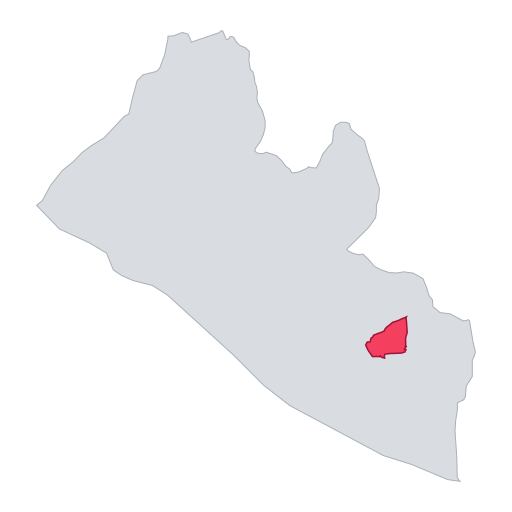 Putu, Grand Gedeh, Liberia shown in context
{"feature_id": "62588387B18265546179194", "entity_name": "Putu", "entity_type": "district", "adm_level": 2, "iso_a3": "LBR", "parent_name": "Liberia", "parent_adm1": "Grand Gedeh", "projection": "orthographic", "projection_center": [-8.216, 5.686], "detail": "fine", "context": "in_parent", "style": "filled", "palette": "rose", "viewbox_px": 512, "rotation_deg": 0, "n_neighbors": 0, "source": "geoboundaries", "source_scale": "gbopen_adm2", "svg_char_len": 3271}
<svg xmlns="http://www.w3.org/2000/svg" viewBox="0 0 512 512"><path d="M36.6,205.4L42.3,200.6L50.7,185.2L62.4,170.4L73.3,161.7L81.9,152.7L91.1,145.8L104.1,137.8L124.1,116.5L128.8,114.1L132.1,99.4L137.2,80.6L143.0,74.8L156.5,71.4L159.7,68.1L164.6,54.9L167.8,39.5L168.0,36.2L173.4,35.8L182.5,32.5L187.8,34.0L190.1,38.5L191.3,42.2L219.0,32.7L221.4,30.7L222.8,31.1L226.3,39.7L228.3,39.2L230.0,36.7L231.8,36.5L234.0,37.6L236.1,41.7L239.6,45.3L245.6,47.9L249.4,51.4L248.9,60.6L250.4,69.6L252.9,71.7L254.3,77.1L255.0,83.0L256.4,86.1L257.4,92.1L256.9,98.5L257.9,102.9L262.3,110.7L265.1,120.5L265.1,127.4L263.4,134.7L260.5,141.3L255.3,148.6L254.9,151.4L257.9,153.3L262.6,153.7L266.4,152.2L276.3,155.6L281.4,160.4L285.9,166.3L289.9,169.3L291.8,173.0L298.7,172.0L306.8,168.4L308.5,166.7L310.9,167.6L316.1,168.0L319.8,161.5L322.7,154.1L329.0,146.1L332.1,143.0L332.9,137.8L333.3,131.2L335.5,125.4L340.7,122.2L346.3,122.3L349.3,123.5L350.9,129.1L355.4,133.3L359.2,136.2L361.2,137.5L364.4,140.8L367.5,152.0L379.4,188.3L378.8,198.4L376.4,204.9L376.4,211.3L375.6,217.7L368.2,228.0L346.6,249.3L348.3,251.1L353.4,253.5L358.7,254.8L363.0,254.1L368.4,259.4L374.2,266.1L380.4,269.6L389.3,272.6L397.1,273.0L403.8,271.8L413.1,273.1L423.0,278.6L426.6,287.7L429.0,295.7L432.4,299.7L432.9,306.6L440.0,312.6L450.1,313.8L463.2,320.9L466.5,320.5L467.9,319.6L469.6,320.9L472.9,341.4L475.4,352.2L474.1,356.6L472.3,360.0L472.3,376.5L466.3,386.0L465.4,396.4L463.7,399.8L457.4,402.8L457.3,410.8L455.7,420.4L455.0,430.7L456.8,457.5L457.2,477.5L460.0,481.3L447.7,479.6L411.4,464.4L383.4,455.6L289.8,405.6L263.9,385.5L234.0,355.5L167.6,295.2L152.5,285.5L133.4,280.7L121.6,275.5L113.3,269.9L106.6,253.2L90.0,243.2L59.5,229.0L36.6,205.4Z" fill="#d9dde1" stroke="#a8b0b8" stroke-width="1"/><path d="M373.2,335.9L373.2,336.2L372.9,336.5L372.5,337.2L371.8,337.6L371.5,337.8L371.1,338.3L370.7,339.1L370.6,339.6L370.5,339.8L370.5,340.1L370.4,341.0L370.3,341.7L369.5,341.9L368.2,342.0L367.8,342.0L367.5,342.2L367.4,342.1L366.9,342.5L365.7,345.1L367.0,348.0L368.2,350.4L369.0,351.6L372.0,355.9L372.5,356.6L374.2,356.6L375.6,356.5L376.3,356.5L377.8,356.5L378.2,356.5L379.6,356.7L379.7,356.3L380.0,356.0L380.1,355.9L380.3,355.8L380.9,356.5L381.4,357.0L382.1,357.6L383.4,357.6L384.4,358.2L384.9,358.4L384.7,358.2L384.4,358.1L384.4,357.7L384.7,357.7L384.3,356.8L384.4,356.1L384.4,355.6L384.7,354.8L384.8,354.5L385.2,354.1L385.3,354.1L389.7,353.6L389.8,353.5L395.2,353.4L396.3,353.3L400.1,353.1L400.3,353.1L401.6,353.0L402.4,352.8L405.0,351.9L405.2,350.8L405.8,350.2L405.9,349.9L406.0,349.7L405.8,349.6L405.5,349.4L405.0,349.4L404.8,349.4L404.7,349.4L404.4,349.1L404.4,348.8L404.7,348.5L406.3,346.7L406.2,346.4L405.8,346.6L405.4,346.2L405.8,345.9L405.7,345.6L405.6,339.7L405.6,338.4L405.9,336.7L406.4,335.2L406.7,334.3L407.0,333.1L407.2,331.8L407.1,331.3L407.0,330.7L407.0,329.0L406.6,323.9L406.4,320.6L406.2,319.2L406.0,317.9L406.2,317.3L406.4,316.9L405.2,317.4L403.9,318.0L402.8,318.4L401.3,319.0L399.8,319.8L399.2,320.1L397.1,320.9L393.6,322.0L392.5,322.4L390.9,323.8L388.9,325.4L388.8,325.5L386.6,327.2L385.0,329.1L384.7,329.9L384.1,331.1L383.6,331.2L382.9,331.5L382.1,332.1L381.9,332.1L381.3,332.3L381.0,332.4L377.0,333.8L374.9,334.7L373.7,335.1L373.2,335.9Z" fill="#f43f5e" stroke="#9f1239" stroke-width="1.5"/></svg>